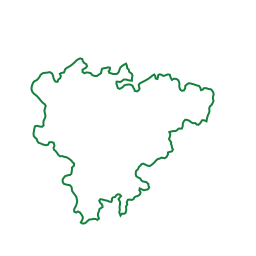 Pavão, Minas Gerais, Brazil, rotated 162°
{"feature_id": "56859067B53491956407625", "entity_name": "Pavão", "entity_type": "district", "adm_level": 2, "iso_a3": "BRA", "parent_name": "Brazil", "parent_adm1": "Minas Gerais", "projection": "orthographic", "projection_center": [-41.066, -17.465], "detail": "fine", "context": "isolated", "style": "outline", "palette": "green", "viewbox_px": 256, "rotation_deg": 162, "n_neighbors": 0, "source": "geoboundaries", "source_scale": "gbopen_adm2", "svg_char_len": 4620}
<svg xmlns="http://www.w3.org/2000/svg" viewBox="0 0 256 256"><g transform="rotate(162 128 128)"><path d="M202.1,52.7L200.7,51.1L198.3,50.7L195.5,51.9L193.2,52.9L191.3,52.5L188.5,52.1L186.8,51.4L185.6,50.1L183.6,50.8L183.7,54.0L182.9,56.0L181.3,57.8L180.0,59.9L178.4,60.2L176.5,60.8L176.3,63.2L177.6,65.5L177.8,67.8L176.4,68.8L174.4,67.9L172.5,66.6L170.1,65.2L168.5,63.7L166.6,62.9L165.6,64.2L165.1,65.8L163.8,66.6L161.4,66.4L160.1,67.6L158.4,68.1L156.5,67.4L155.6,65.4L157.2,64.5L159.0,63.3L158.4,60.2L159.2,57.9L160.6,55.1L161.1,52.6L162.4,50.5L162.2,47.0L160.2,48.4L158.1,47.6L156.5,48.1L155.1,50.3L154.6,52.1L154.1,54.1L152.4,55.3L152.1,57.8L150.3,59.8L148.4,59.4L147.1,58.5L144.8,58.6L143.0,60.3L141.0,60.4L139.3,60.4L137.2,61.1L135.9,62.9L136.4,65.4L135.5,66.9L133.9,65.4L132.1,63.9L129.9,63.7L128.1,63.5L126.3,64.7L126.4,66.4L126.0,68.5L127.3,70.9L129.1,71.9L130.7,72.8L131.5,74.1L131.9,76.2L133.8,77.9L135.1,79.8L134.9,82.0L133.7,84.5L131.2,85.8L129.5,87.7L128.0,88.3L126.1,89.5L124.4,89.3L122.9,87.9L121.0,86.0L118.7,85.1L116.3,85.9L114.2,86.8L111.8,88.2L109.5,89.3L107.7,89.1L105.4,89.5L103.9,88.7L102.4,87.9L100.2,88.6L98.2,90.5L97.5,92.4L95.9,92.4L93.5,92.2L91.9,93.6L92.3,95.7L91.8,97.6L92.1,99.4L91.3,101.1L92.0,102.9L92.4,104.9L90.9,106.7L89.7,108.9L90.0,111.4L88.4,111.3L86.2,111.2L83.8,110.4L81.9,110.8L80.1,111.8L78.6,111.3L77.0,110.8L75.4,112.8L74.4,115.5L72.7,117.2L71.0,118.2L68.9,117.2L67.1,115.5L66.2,114.0L64.7,112.5L62.4,111.8L61.6,110.1L60.1,109.3L58.0,110.1L56.4,111.4L55.1,112.5L53.2,111.8L51.3,110.1L49.9,112.8L48.0,115.5L46.3,117.2L45.3,118.9L44.7,121.6L43.4,123.2L41.2,124.2L39.6,125.8L38.3,127.3L38.2,129.8L37.2,132.0L36.2,133.4L35.9,135.5L36.3,137.2L37.1,139.1L39.5,140.3L41.4,141.8L43.5,142.4L45.1,141.4L46.8,141.4L46.8,143.7L47.3,145.9L49.3,147.2L50.6,148.1L51.8,149.1L53.9,150.5L56.3,151.8L58.5,151.3L60.5,150.4L61.3,148.2L63.1,146.5L65.2,146.7L66.4,148.3L66.6,150.4L66.2,152.3L65.4,154.3L65.2,156.0L65.4,157.7L66.3,159.2L67.6,160.1L69.4,160.7L71.3,160.1L71.9,162.6L71.8,165.7L73.6,166.7L75.8,166.5L78.4,166.6L79.6,168.2L81.4,169.3L82.9,169.0L83.8,167.1L84.9,165.5L86.4,166.5L86.0,169.0L86.6,170.8L88.8,170.2L91.1,169.3L93.5,168.5L95.3,168.1L97.9,167.6L100.5,167.2L102.6,166.9L104.3,166.0L104.7,164.3L104.8,161.9L106.3,160.5L108.1,160.0L110.1,161.2L110.0,163.1L110.5,164.8L110.6,166.7L111.7,168.0L113.2,169.0L114.8,169.3L116.5,169.7L118.2,169.7L120.0,168.7L122.1,168.0L124.0,167.9L125.3,169.1L125.3,171.4L125.3,174.0L124.5,175.6L122.8,175.0L121.2,174.1L119.3,174.5L117.1,175.4L114.7,174.6L112.1,172.8L109.6,171.8L108.9,174.1L107.5,176.4L107.7,178.5L109.5,181.1L109.3,183.4L110.3,185.2L109.8,187.3L110.0,189.8L111.8,189.5L114.0,189.0L116.4,188.0L117.9,186.3L119.4,184.2L121.5,182.9L123.7,183.3L125.7,184.1L127.0,185.1L128.7,186.1L128.9,187.9L127.4,188.9L126.5,190.9L128.4,191.9L130.4,191.9L132.5,192.3L134.5,192.3L135.6,190.5L136.8,188.4L138.9,187.8L141.7,187.1L143.8,187.9L145.7,189.4L146.5,191.7L148.5,192.9L150.5,193.7L152.4,193.5L153.9,195.3L153.2,197.5L150.9,198.0L149.2,198.4L147.9,199.4L147.9,201.5L149.8,203.7L150.3,205.9L150.2,207.8L152.1,209.0L154.9,208.6L157.1,207.7L159.0,206.7L160.8,205.9L163.3,205.0L165.8,204.4L167.7,204.1L169.7,203.2L171.6,200.6L174.1,200.9L176.1,200.6L175.8,198.2L177.1,196.3L179.2,195.7L180.8,193.7L182.6,194.5L183.2,196.3L183.4,198.2L183.2,200.6L183.3,203.1L185.1,205.3L187.6,205.6L189.7,206.1L191.9,206.4L193.5,206.1L195.0,205.3L196.5,203.8L198.7,202.3L200.5,201.6L202.5,201.4L204.0,200.6L205.7,198.7L207.0,196.7L207.8,194.8L207.9,192.4L207.2,190.3L206.0,188.5L204.7,186.4L203.7,184.2L203.0,182.4L202.2,180.4L201.2,178.3L199.8,176.3L199.4,174.4L200.4,173.1L201.4,171.6L202.2,170.2L202.5,167.9L202.6,165.8L203.2,164.0L204.7,162.3L206.2,160.7L207.0,158.6L207.5,156.5L209.3,155.7L211.4,156.6L213.6,158.1L215.8,158.4L217.1,156.7L218.3,154.3L219.5,152.1L220.1,149.7L219.4,147.7L218.3,145.9L218.3,143.8L217.7,141.7L215.7,140.2L214.0,138.6L212.3,137.6L210.8,136.8L209.1,136.8L207.4,138.7L205.0,138.2L203.3,136.9L203.4,133.9L205.0,132.0L205.1,130.2L203.9,128.3L203.1,126.0L202.6,124.1L201.4,122.1L199.0,121.5L197.5,120.2L195.5,119.2L193.6,117.0L192.0,114.6L191.2,112.3L190.2,110.9L191.0,108.9L193.5,107.7L194.2,105.6L195.1,103.8L196.0,102.0L197.5,101.3L199.7,101.6L202.4,101.7L203.9,100.9L205.9,99.4L206.8,97.0L206.3,94.8L204.6,93.5L202.6,92.4L201.0,91.6L199.9,89.3L200.4,86.9L200.6,85.2L200.0,83.3L199.4,81.6L198.9,80.1L198.4,78.1L198.7,76.1L198.9,74.0L200.0,72.2L201.4,70.2L203.0,68.7L204.4,67.2L205.0,65.0L203.4,63.6L201.4,64.1L199.8,62.5L199.0,60.0L198.5,57.7L198.9,56.0L200.5,54.2L202.1,52.7Z" fill="none" stroke="#15803d" stroke-width="2"/></g></svg>